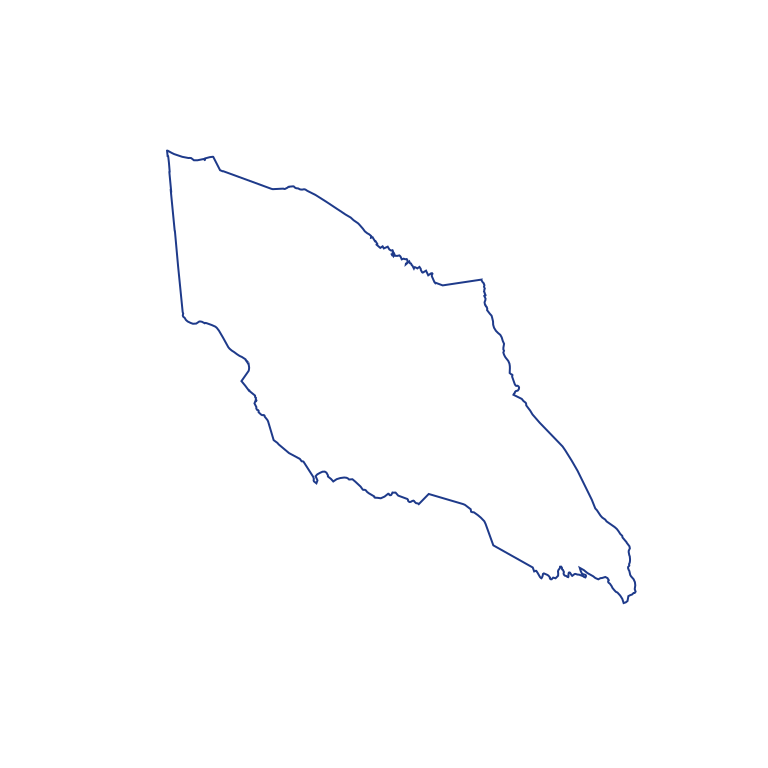 outline of Indaparapeo, Michoacán, Mexico, rotated 329°
{"feature_id": "50627088B97611620595529", "entity_name": "Indaparapeo", "entity_type": "district", "adm_level": 2, "iso_a3": "MEX", "parent_name": "Mexico", "parent_adm1": "Michoacán", "projection": "equal_earth", "projection_center": [-100.938, 19.76], "detail": "fine", "context": "isolated", "style": "outline", "palette": "blue", "viewbox_px": 768, "rotation_deg": 329, "n_neighbors": 0, "source": "geoboundaries", "source_scale": "gbopen_adm2", "svg_char_len": 6121}
<svg xmlns="http://www.w3.org/2000/svg" viewBox="0 0 768 768"><g transform="rotate(329 384 384)"><path d="M508.0,652.9L510.1,651.5L510.8,649.5L510.3,645.2L510.4,644.5L509.4,638.4L510.0,636.8L509.3,634.3L509.2,631.0L508.9,628.2L508.1,625.6L504.0,616.4L503.8,614.2L502.3,610.9L501.8,608.3L501.5,601.8L501.0,599.5L502.5,590.3L505.2,558.1L505.4,546.4L505.2,534.3L504.9,529.5L497.5,497.4L495.6,486.6L495.6,482.2L494.9,475.6L495.6,474.3L495.8,473.0L494.8,470.5L494.4,467.7L489.4,459.9L490.5,459.2L491.3,459.1L492.4,458.2L493.6,458.0L495.0,458.5L495.5,458.5L497.1,457.7L498.0,456.5L498.1,455.5L497.8,454.7L497.5,454.2L496.5,453.8L496.1,453.3L496.0,452.3L496.0,451.5L497.6,443.7L498.7,442.5L498.5,441.7L498.1,441.4L497.4,439.3L500.1,435.2L501.1,433.4L502.0,431.2L502.4,428.2L501.9,424.4L501.8,423.1L502.0,420.6L502.5,418.5L504.0,417.3L504.1,415.9L505.0,414.4L507.6,411.4L508.0,408.2L508.9,404.7L509.0,401.8L508.0,398.9L507.3,396.0L507.3,392.4L508.1,389.4L509.7,386.5L510.9,382.7L511.4,380.8L510.9,378.3L510.4,373.8L511.3,372.6L511.7,370.8L511.3,369.9L511.7,369.0L511.4,368.5L511.4,368.1L512.2,365.9L513.0,365.1L513.8,364.6L515.0,363.2L515.3,360.1L515.9,359.9L516.6,360.3L516.8,360.2L517.1,357.8L517.4,357.3L517.3,356.3L517.9,355.8L518.6,354.8L519.5,354.2L519.8,352.1L521.0,351.0L521.1,349.7L521.4,349.2L521.0,347.6L521.0,345.0L521.3,344.7L485.1,329.7L480.2,323.6L479.9,323.8L479.7,322.6L480.5,316.3L481.3,315.0L482.3,314.5L482.3,313.9L481.5,313.4L477.9,313.6L478.4,308.5L474.7,308.5L474.6,308.1L474.2,307.8L474.3,305.3L474.8,304.2L474.7,301.9L471.3,302.1L472.0,301.7L470.6,299.7L469.8,299.9L469.1,300.4L469.3,297.1L469.0,296.4L469.2,294.7L468.5,293.9L468.8,291.9L464.3,292.7L464.8,292.1L466.5,292.0L467.2,291.2L467.8,289.8L467.8,288.6L467.1,288.4L466.2,287.7L465.4,286.7L463.4,286.3L463.8,283.3L463.6,282.5L463.6,282.3L463.4,281.7L461.3,281.0L459.5,279.8L459.9,277.1L459.2,276.8L458.9,278.7L457.9,279.3L457.9,278.5L457.3,278.0L457.4,276.8L458.5,277.0L458.7,276.2L459.8,275.9L460.2,274.0L460.2,273.7L458.9,273.4L457.9,271.5L457.9,268.2L453.7,267.7L453.7,265.3L450.9,265.4L449.4,260.8L450.4,260.5L450.3,257.1L449.8,257.0L449.8,252.3L448.2,251.9L449.2,250.5L448.3,247.9L447.3,246.2L446.2,243.3L445.9,240.0L444.9,234.4L444.5,232.8L442.3,228.0L441.2,224.2L438.3,218.9L428.3,197.9L422.6,186.6L417.8,179.0L416.8,176.9L415.8,175.9L413.9,175.2L412.3,174.0L411.1,172.1L409.6,171.0L408.9,170.0L408.4,168.2L408.0,167.8L404.5,166.1L404.2,166.2L403.6,165.8L402.4,166.0L399.7,165.8L399.0,165.5L398.2,164.6L389.0,159.7L388.0,158.7L355.8,118.8L355.3,118.6L353.6,116.3L354.6,101.4L354.4,101.1L351.4,99.8L346.9,98.5L346.1,99.6L345.7,99.6L345.4,98.3L339.2,96.1L336.3,94.3L335.1,91.1L334.0,90.2L332.8,89.6L328.1,85.4L322.5,78.8L321.0,76.5L318.7,72.5L318.2,72.3L315.9,77.2L316.3,77.5L315.8,78.8L313.5,83.8L309.6,91.7L309.2,91.7L301.0,108.8L300.8,108.5L284.1,143.6L283.5,144.9L283.6,145.1L268.3,176.7L248.5,218.6L248.1,220.3L247.8,220.5L246.8,221.7L246.7,222.2L246.6,223.0L247.2,224.6L247.2,227.1L247.9,229.3L249.8,232.2L251.3,234.0L254.2,235.5L257.7,235.3L258.5,235.6L260.0,236.9L261.6,239.6L262.1,239.5L263.1,240.3L266.7,244.7L269.0,248.0L269.6,249.8L270.0,253.3L269.9,261.2L269.5,272.3L269.8,274.2L270.7,276.9L272.0,279.5L273.3,282.7L274.7,285.6L276.1,287.6L278.0,291.5L278.0,292.0L277.8,292.2L278.3,293.9L277.9,293.8L278.0,295.1L278.0,297.0L278.3,297.0L276.8,300.6L275.5,302.3L274.6,303.1L263.3,308.1L264.2,314.1L264.7,319.1L264.8,319.0L265.3,320.3L265.1,320.8L267.5,327.5L266.8,328.8L267.1,330.0L266.3,330.8L266.2,332.4L265.6,332.8L265.1,332.3L263.0,333.9L262.7,338.0L261.9,339.3L261.9,340.8L262.5,341.3L262.7,342.2L262.7,342.6L262.0,343.4L262.0,343.8L262.9,346.9L263.5,347.9L264.9,348.7L265.2,349.1L265.3,349.7L264.9,350.4L265.5,354.6L265.4,356.3L260.5,375.3L262.3,379.6L262.6,381.5L267.0,394.3L273.3,404.9L273.6,407.8L274.6,408.5L275.0,409.2L275.5,427.1L275.0,429.2L274.1,430.2L273.8,431.4L274.9,434.3L277.3,432.4L277.9,427.8L280.2,427.1L283.5,427.2L286.1,427.5L288.1,428.6L289.0,430.3L288.9,433.4L288.3,434.4L289.7,438.2L290.3,441.4L294.4,441.2L298.1,442.1L301.8,443.7L303.6,445.1L304.4,446.3L304.9,447.9L307.9,449.4L309.1,452.9L311.1,459.9L311.4,463.6L311.8,464.1L312.9,464.7L313.6,465.6L313.9,467.7L314.7,469.8L317.7,475.3L317.7,475.6L317.4,476.2L317.7,476.8L319.8,478.2L322.4,480.3L326.5,480.8L331.1,480.2L331.5,480.6L331.5,481.8L331.8,482.4L332.3,482.7L333.1,482.8L335.4,481.4L336.4,482.2L337.7,482.8L338.0,483.1L338.7,487.0L344.8,494.6L344.9,495.4L344.5,496.7L344.6,497.4L345.2,498.4L346.3,498.8L347.8,498.8L349.1,499.1L349.5,499.7L349.6,500.9L350.1,502.6L351.6,503.9L351.9,504.9L365.7,501.3L389.8,527.5L391.1,529.2L393.8,536.0L392.9,538.3L393.7,539.4L394.9,540.2L395.2,540.8L396.9,544.7L398.2,548.5L399.3,553.3L399.0,556.3L394.6,578.6L417.0,617.9L416.2,622.0L417.9,622.3L418.3,622.6L418.4,624.9L418.3,629.8L418.6,631.1L418.9,631.6L419.8,631.2L421.0,630.3L422.5,628.7L423.5,628.7L425.8,631.9L426.3,633.2L426.6,635.4L426.1,636.0L426.1,636.7L426.5,637.4L427.1,637.7L429.3,637.1L431.0,638.9L434.5,638.0L435.7,636.2L436.7,634.1L437.9,633.2L439.8,632.5L440.8,631.3L441.7,631.7L441.9,633.0L441.2,634.7L441.6,635.4L441.4,637.8L440.4,638.8L440.0,640.0L440.3,641.4L441.3,642.4L441.9,643.9L442.4,644.4L442.8,644.2L443.7,642.7L444.7,641.4L445.3,640.9L446.0,641.1L446.3,641.6L446.3,645.0L446.5,645.4L449.0,645.1L449.7,645.1L450.4,645.5L451.6,646.9L453.1,648.0L455.6,651.2L456.1,652.4L457.0,653.5L457.9,653.0L458.4,652.3L458.4,651.4L456.7,649.6L456.0,648.4L456.3,645.6L457.1,642.4L459.4,646.4L461.0,650.8L464.3,656.6L465.2,659.1L467.1,661.8L469.5,661.9L471.0,662.6L474.3,663.4L475.6,665.5L475.5,666.2L475.7,667.4L475.5,668.1L474.7,668.3L474.2,669.1L474.2,670.1L474.8,671.5L475.0,674.5L474.8,676.4L475.2,679.1L475.7,681.5L476.7,683.0L477.5,687.0L477.6,690.9L476.6,695.2L478.8,695.7L481.0,695.4L484.2,691.7L486.2,691.8L488.2,692.2L490.3,691.7L491.2,692.2L492.7,691.6L493.3,688.9L495.7,686.0L497.0,683.1L497.4,679.9L496.7,676.1L496.7,674.5L498.0,670.6L498.0,669.3L498.4,667.5L499.0,666.6L500.7,666.0L501.3,664.6L502.6,663.7L503.7,662.4L504.6,661.0L505.9,658.3L506.1,657.0L507.2,654.0L508.0,652.9Z" fill="none" stroke="#1e3a8a" stroke-width="2"/></g></svg>